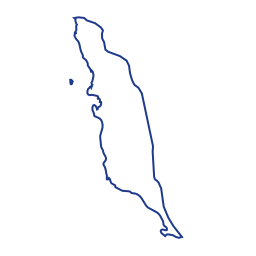 map outline of Bushehr (Mercator projection), rotated 16°
{"feature_id": "IRN-3210", "entity_name": "Bushehr", "entity_type": "Province", "adm_level": 1, "iso_a3": "IRN", "parent_name": "Iran", "parent_adm1": "", "projection": "mercator", "projection_center": [51.169, 28.786], "detail": "fine", "context": "isolated", "style": "outline", "palette": "blue", "viewbox_px": 256, "rotation_deg": 16, "n_neighbors": 0, "source": "natural_earth", "source_scale": "10m", "svg_char_len": 2613}
<svg xmlns="http://www.w3.org/2000/svg" viewBox="0 0 256 256"><g transform="rotate(16 128 128)"><path d="M193.5,221.7L189.2,219.8L188.0,218.5L187.9,217.3L188.5,216.4L189.4,216.0L190.6,215.9L191.6,216.0L192.8,215.8L193.5,215.2L193.0,213.7L192.1,212.9L189.9,212.1L189.0,211.4L188.6,210.6L187.7,208.5L187.3,207.9L183.1,203.5L181.2,202.1L179.2,201.2L169.2,199.0L167.1,197.9L160.4,191.8L158.4,190.4L156.1,189.4L153.4,189.0L149.5,189.5L148.6,189.2L147.6,188.6L145.6,188.7L143.4,189.2L139.9,189.9L137.7,189.5L132.8,188.5L132.2,188.3L131.9,187.9L131.8,187.3L131.6,186.9L131.3,186.6L129.6,186.3L127.2,185.6L126.0,184.3L124.7,182.1L123.4,181.3L122.9,183.0L121.8,183.1L120.7,179.3L119.6,177.7L118.7,175.4L116.6,172.0L115.6,171.1L114.5,169.9L114.2,168.6L115.4,165.2L115.4,163.5L114.2,161.6L112.3,159.8L111.6,159.0L109.6,155.9L107.7,153.9L107.3,153.3L103.9,144.8L103.4,142.8L103.4,134.6L102.7,131.9L101.4,129.5L100.0,127.8L98.2,126.7L95.8,126.2L93.5,126.0L92.4,125.7L91.9,125.0L91.5,123.8L88.9,120.4L88.4,119.2L88.1,117.5L88.3,115.9L89.4,115.2L90.5,115.6L91.6,116.5L92.6,117.7L93.1,118.7L93.7,118.2L93.6,117.7L93.4,117.2L93.5,116.5L93.9,116.0L95.0,115.0L95.4,114.3L95.6,112.9L95.4,111.5L94.9,110.5L93.8,110.8L93.4,108.9L93.0,108.3L92.3,107.7L92.0,107.8L91.5,108.0L91.0,108.2L90.8,107.9L90.7,106.8L90.6,106.3L90.4,105.9L89.1,105.7L84.7,106.0L83.7,106.2L82.2,107.0L80.6,106.8L79.4,105.8L78.9,104.0L78.8,102.4L78.9,101.6L79.4,100.8L79.8,100.0L80.2,98.9L80.7,98.4L81.6,99.4L81.8,96.7L81.9,96.3L81.4,96.1L81.0,95.7L80.4,94.5L80.8,92.9L80.7,90.4L80.5,87.8L80.0,86.1L79.3,84.8L78.2,83.3L77.3,82.8L77.3,84.8L77.0,84.1L75.4,81.7L72.4,79.2L71.9,78.4L71.6,77.3L70.7,76.0L68.8,74.2L65.5,72.8L65.0,72.2L64.7,70.9L63.9,69.7L62.3,68.0L60.8,65.8L58.3,61.1L56.9,59.1L55.9,58.2L53.6,56.8L51.4,54.5L51.2,54.2L51.0,53.5L51.0,52.3L50.8,51.6L51.7,51.5L51.9,51.1L51.5,50.6L50.8,50.3L51.4,48.1L50.1,44.4L50.4,42.7L49.6,42.1L48.8,40.9L48.0,39.6L47.7,38.5L47.4,37.8L46.6,37.3L46.1,37.1L49.7,35.3L55.5,34.3L58.7,35.9L67.4,36.3L73.9,38.7L76.0,40.2L77.0,41.1L77.0,44.5L78.5,49.1L81.3,52.0L84.7,58.9L87.9,60.2L100.3,61.1L108.0,63.6L111.8,67.8L114.8,74.7L118.8,81.0L122.4,84.8L126.9,86.4L131.8,91.0L157.0,138.5L158.3,144.2L166.5,167.5L167.9,169.8L170.4,170.8L172.3,171.9L176.5,176.9L184.1,193.9L191.5,203.1L198.7,209.8L209.9,217.9L207.5,219.3L206.7,219.6L204.1,219.5L201.3,218.8L200.4,218.7L196.7,219.1L196.1,219.1L195.0,219.6L194.7,219.6L194.4,219.9L193.5,221.7ZM60.4,97.5L61.4,98.0L62.0,98.4L61.8,99.5L61.9,100.6L61.6,101.5L61.0,101.6L60.5,101.1L59.9,99.7L59.6,98.4L59.2,97.7L59.8,97.3L60.4,97.5Z" fill="none" stroke="#1e3a8a" stroke-width="2"/></g></svg>